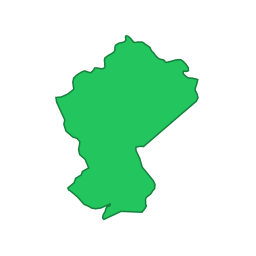 Des Bottes, Soufrière, Saint Lucia (Equal Earth projection), rotated 320°
{"feature_id": "8701671B89726898979713", "entity_name": "Des Bottes", "entity_type": "district", "adm_level": 2, "iso_a3": "LCA", "parent_name": "Saint Lucia", "parent_adm1": "Soufrière", "projection": "equal_earth", "projection_center": [-61.034, 13.88], "detail": "fine", "context": "isolated", "style": "filled", "palette": "green", "viewbox_px": 256, "rotation_deg": 320, "n_neighbors": 0, "source": "geoboundaries", "source_scale": "gbopen_adm2", "svg_char_len": 2720}
<svg xmlns="http://www.w3.org/2000/svg" viewBox="0 0 256 256"><g transform="rotate(320 128 128)"><path d="M212.6,135.7L210.8,133.2L209.3,131.2L207.4,129.4L206.2,128.1L205.5,125.7L205.3,122.2L206.1,120.4L207.5,120.4L208.2,121.4L209.2,122.2L210.0,122.7L211.3,122.8L212.1,121.5L212.9,120.7L213.1,118.7L213.3,116.0L213.3,115.6L213.3,115.1L213.0,111.6L212.2,109.5L210.3,107.9L208.0,106.4L205.4,105.3L201.6,103.4L199.4,102.4L199.0,101.3L199.1,100.4L199.1,98.9L197.6,96.8L196.6,95.8L195.8,93.0L195.7,90.2L195.7,89.9L195.7,89.3L196.0,87.0L195.7,85.6L195.7,84.7L195.7,83.4L196.3,81.4L196.6,80.5L196.0,78.1L195.8,77.4L195.0,74.4L194.7,72.9L194.1,71.3L192.9,70.3L191.6,69.0L188.7,67.2L187.5,66.1L187.5,65.2L187.6,62.2L187.4,59.7L187.0,57.7L186.1,56.4L185.1,56.1L184.3,57.1L183.3,58.6L182.7,59.4L181.9,59.6L180.2,59.6L175.5,57.2L173.0,56.7L171.3,56.7L169.5,58.2L168.5,59.4L167.7,60.2L167.0,60.4L165.8,60.7L164.4,60.6L161.9,60.3L160.0,59.8L155.5,59.5L153.9,60.5L152.7,62.0L151.9,63.4L150.8,64.6L150.0,66.2L148.4,66.6L147.2,66.6L145.5,65.3L144.3,63.8L142.8,62.0L141.1,60.6L139.3,61.4L137.2,61.6L135.2,61.8L134.1,60.5L132.7,58.5L131.6,56.4L128.5,55.3L125.0,54.8L122.1,54.5L118.4,54.9L115.2,57.4L113.2,60.5L111.7,63.0L110.3,63.5L103.3,63.2L96.7,61.3L92.4,58.3L90.0,62.2L84.8,81.1L82.5,82.9L81.3,83.9L80.9,84.7L78.5,90.5L79.9,99.4L81.4,101.7L82.3,103.2L82.3,107.5L80.0,109.7L78.8,110.8L77.6,111.7L76.3,112.7L73.9,117.4L74.6,121.7L75.0,124.4L72.2,133.4L68.1,132.5L65.2,132.0L62.0,133.9L56.4,133.0L55.7,132.9L52.5,134.7L51.5,135.3L46.2,135.3L43.6,135.3L43.4,135.3L43.2,136.0L42.7,137.3L43.4,139.0L45.0,148.2L45.3,158.4L47.2,161.9L48.7,166.0L51.2,169.0L56.0,171.9L62.2,173.7L65.3,174.7L65.5,174.8L65.4,175.0L65.1,175.3L64.8,175.5L64.6,175.7L64.4,175.7L64.2,175.7L63.7,175.7L63.3,175.6L63.0,175.5L62.7,175.4L62.4,175.2L62.2,175.1L61.7,175.0L61.5,174.9L61.1,174.9L60.8,175.0L60.7,175.1L60.4,175.1L60.0,175.3L59.4,175.5L58.9,175.9L58.6,176.0L57.9,176.5L57.3,176.9L56.9,177.1L56.7,177.3L56.2,177.6L55.4,177.8L54.8,178.0L53.9,178.3L53.0,178.8L52.2,179.3L51.7,179.7L51.3,180.1L50.9,180.7L50.7,181.1L50.7,181.4L50.7,181.6L50.7,181.8L50.7,182.0L50.8,182.5L51.0,182.6L69.1,187.4L84.5,201.4L84.6,201.5L89.2,200.6L91.0,199.9L92.0,199.6L92.7,197.4L93.1,197.0L95.8,193.7L97.5,192.9L99.9,193.0L103.1,193.1L106.0,192.2L106.7,191.9L108.0,191.8L109.1,191.7L111.0,190.0L112.3,188.8L112.6,187.8L113.5,184.7L113.5,184.1L113.7,172.0L113.7,167.2L116.2,161.4L117.3,159.3L118.8,153.4L119.3,151.7L119.8,150.0L120.4,149.3L121.8,147.8L124.2,149.1L125.1,149.6L125.3,149.7L127.3,151.4L127.8,152.2L175.8,151.6L197.6,151.4L201.1,149.8L201.9,148.1L202.6,146.7L203.4,143.8L204.0,141.5L209.6,138.0L212.6,135.7Z" fill="#22c55e" stroke="#15803d" stroke-width="1.5"/></g></svg>